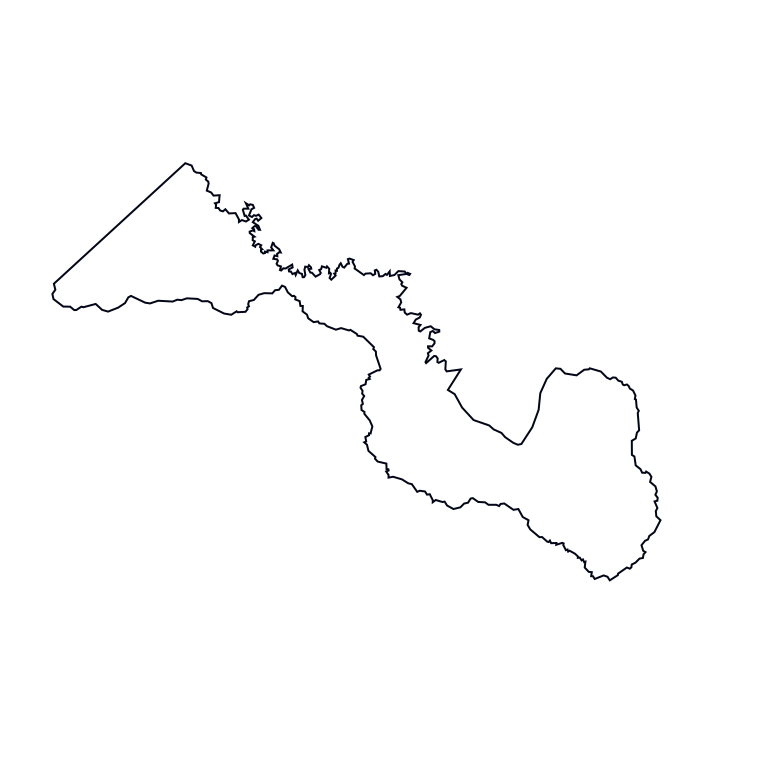 outline of Sonora, Mato Grosso do Sul, Brazil, rotated 224°
{"feature_id": "56859067B75872573246742", "entity_name": "Sonora", "entity_type": "district", "adm_level": 2, "iso_a3": "BRA", "parent_name": "Brazil", "parent_adm1": "Mato Grosso do Sul", "projection": "orthographic", "projection_center": [-54.401, -17.615], "detail": "fine", "context": "isolated", "style": "outline", "palette": "ink", "viewbox_px": 768, "rotation_deg": 224, "n_neighbors": 0, "source": "geoboundaries", "source_scale": "gbopen_adm2", "svg_char_len": 6131}
<svg xmlns="http://www.w3.org/2000/svg" viewBox="0 0 768 768"><g transform="rotate(224 384 384)"><path d="M83.0,409.0L83.9,410.2L81.8,420.7L78.9,421.9L78.7,423.9L80.4,426.3L79.0,430.1L78.9,435.9L76.9,438.7L79.0,441.8L79.1,444.7L81.7,444.1L86.8,446.9L87.3,452.6L86.1,455.6L87.6,459.0L86.6,465.3L90.5,478.1L96.2,478.0L100.2,481.4L101.2,484.7L107.8,487.5L106.3,489.9L108.1,492.3L111.8,492.8L113.1,496.3L117.6,498.9L124.6,498.4L127.1,502.9L130.8,503.9L134.6,503.1L134.2,501.7L136.7,499.5L140.3,500.9L146.4,500.3L153.5,505.8L156.4,505.2L166.3,515.3L165.1,519.7L168.3,524.8L168.3,527.9L181.3,539.4L182.1,541.7L185.9,542.6L191.9,547.8L193.1,547.4L195.1,550.4L200.3,552.3L204.0,551.5L206.5,552.5L208.9,552.4L210.4,549.9L211.9,549.5L214.5,550.8L217.8,549.2L221.7,549.5L223.9,547.7L224.6,544.6L227.9,543.4L236.7,543.6L246.9,538.2L246.8,536.9L249.9,533.3L251.5,524.0L261.1,517.3L267.6,517.5L271.3,514.6L270.5,500.7L265.2,486.0L254.8,472.8L247.3,455.9L243.5,436.3L245.5,433.3L250.1,431.5L260.0,429.9L265.5,430.4L273.6,427.5L279.4,427.3L294.5,420.3L311.5,421.3L326.1,425.8L333.9,424.1L338.8,447.9L347.7,436.6L350.1,437.2L355.2,443.2L357.3,443.1L359.4,437.2L360.9,436.9L363.2,439.7L365.9,440.1L367.4,439.0L368.2,428.3L369.4,428.6L371.7,435.4L373.8,436.6L373.2,441.0L377.5,440.7L378.5,441.7L375.5,444.5L375.9,448.3L377.3,449.9L379.2,449.9L383.2,448.2L386.7,453.4L385.8,456.0L382.7,456.1L380.6,460.1L381.8,461.2L385.7,458.4L390.5,458.0L393.6,452.8L394.4,447.0L396.0,446.5L398.5,448.8L398.8,451.8L405.0,448.3L405.9,452.4L404.5,456.7L405.5,459.5L407.2,459.8L407.7,457.5L413.9,453.7L415.6,449.9L418.7,449.8L421.2,451.8L423.7,448.8L425.4,450.0L426.9,449.2L428.3,454.7L431.0,456.3L434.9,455.9L433.8,458.2L434.6,468.9L439.2,467.3L441.0,467.9L441.4,469.9L445.5,470.0L449.3,472.2L444.3,478.8L447.2,479.3L452.1,475.2L452.2,469.6L454.8,465.8L458.2,469.0L457.7,464.5L459.4,464.2L459.8,460.7L462.1,458.1L466.0,460.7L468.8,460.9L469.5,459.3L466.8,457.1L467.5,454.6L470.5,454.4L474.0,450.5L474.1,448.4L485.4,446.7L486.5,448.4L491.4,450.0L491.9,452.1L496.0,450.2L496.7,448.7L492.8,446.3L493.9,445.0L493.5,440.1L495.3,439.5L499.0,440.8L498.9,439.1L497.5,436.0L498.0,434.4L496.5,432.7L497.6,432.0L495.6,429.8L496.4,428.8L494.1,428.3L494.4,422.4L496.8,422.5L498.5,426.3L499.8,426.7L500.5,425.4L503.4,428.8L506.7,429.0L506.3,427.5L510.4,425.5L509.0,423.0L509.8,421.0L506.7,420.0L506.3,418.6L507.8,413.7L513.1,414.0L514.4,413.0L518.1,414.2L516.4,416.4L517.5,417.2L520.5,417.3L519.9,415.4L522.2,413.7L520.7,411.0L516.3,407.8L515.7,405.4L516.7,404.3L519.5,406.2L522.0,405.0L525.0,405.8L523.2,401.0L525.2,402.0L526.2,399.5L529.1,400.2L530.5,399.0L532.1,400.2L530.7,404.4L533.0,406.1L535.1,398.6L536.8,397.3L536.8,394.2L538.0,393.7L539.8,397.0L543.0,395.4L544.8,395.9L545.9,398.9L547.4,399.4L550.6,397.2L552.0,400.4L549.5,401.8L551.2,403.2L550.9,406.1L549.7,406.9L552.9,408.1L559.0,407.5L561.0,408.6L562.1,408.3L560.1,403.9L556.4,403.3L560.6,399.2L559.3,397.9L561.6,396.5L560.6,395.5L561.5,394.0L564.5,393.8L565.8,395.2L565.2,396.3L568.3,396.4L568.7,398.5L571.8,397.5L572.7,394.6L572.0,393.3L574.7,392.6L576.0,396.9L578.3,396.2L580.4,398.5L579.5,400.0L585.4,399.3L586.5,400.3L585.0,403.4L583.5,403.9L584.9,405.1L587.0,404.7L586.8,407.5L585.9,408.6L581.4,407.8L580.3,408.8L584.2,410.5L590.8,409.3L591.3,413.0L590.5,414.5L587.9,414.0L587.5,418.2L591.8,418.8L592.9,416.0L594.8,415.2L595.0,412.4L598.2,411.4L600.7,417.6L599.8,420.5L602.8,421.7L605.1,420.3L605.1,418.9L609.0,418.1L603.4,415.9L606.7,412.7L606.6,411.3L601.0,408.1L600.4,409.2L595.3,408.4L596.2,405.0L600.1,403.2L600.9,399.8L602.6,401.6L609.5,403.8L614.0,399.0L619.5,399.5L619.8,396.3L622.3,395.0L625.3,395.6L627.4,393.8L629.4,396.4L631.1,396.6L629.0,400.2L633.4,405.6L637.5,401.1L641.4,401.7L645.8,400.0L649.4,406.4L651.0,407.5L654.2,407.3L655.2,409.2L661.1,407.8L662.2,408.6L665.9,405.7L668.6,405.2L674.1,407.5L680.3,404.8L691.1,226.8L685.9,223.5L685.1,218.4L680.7,215.5L668.5,216.9L663.5,221.6L658.2,222.0L656.7,223.5L655.4,229.4L653.5,230.5L647.0,241.3L638.3,241.5L632.8,244.4L628.3,254.2L626.5,262.3L628.1,268.7L627.2,271.6L612.3,276.6L608.3,279.4L604.3,287.0L593.3,296.5L591.2,301.1L588.0,303.6L585.3,308.7L577.1,315.8L572.3,317.1L568.3,321.2L564.3,322.3L559.8,319.9L548.0,323.6L542.0,327.7L540.5,333.9L539.2,333.9L533.8,339.7L534.1,343.0L535.6,344.0L535.1,346.0L537.2,347.1L538.6,349.8L536.0,354.0L536.2,361.0L533.3,366.1L527.3,371.6L527.5,375.8L525.0,378.8L525.7,383.9L522.6,385.1L516.8,383.1L511.0,383.4L510.0,384.9L508.0,385.0L506.6,383.2L502.2,385.0L498.4,382.1L496.6,383.7L493.0,379.7L487.6,380.4L484.2,378.6L477.6,379.6L474.9,383.2L472.6,382.7L468.7,385.9L465.1,386.0L456.3,389.7L453.7,394.4L446.4,398.2L445.8,399.6L438.3,401.1L436.6,400.4L431.8,403.6L416.8,403.5L416.0,401.7L412.4,401.7L409.6,399.1L396.9,392.5L396.7,390.7L398.2,389.3L401.5,380.2L399.2,379.6L399.3,377.9L397.8,377.7L399.6,374.6L397.1,371.0L399.1,366.5L398.3,365.0L394.7,364.2L393.0,361.9L389.9,361.6L388.8,357.2L385.4,355.0L385.6,352.9L382.1,349.7L378.6,350.3L377.4,348.9L369.0,347.9L362.9,345.4L359.3,339.1L360.5,338.1L359.2,336.7L360.6,332.9L356.9,330.3L357.7,328.3L354.1,328.5L348.7,325.1L339.4,325.5L338.6,324.0L334.7,323.8L327.0,328.4L323.1,324.6L321.6,325.7L320.6,324.9L321.7,322.6L317.5,321.7L315.7,319.8L313.0,323.6L304.8,327.9L297.6,329.4L294.4,331.3L285.2,329.5L284.1,332.1L279.8,335.2L276.2,334.3L274.5,336.5L268.2,334.3L266.8,332.8L266.2,336.5L260.0,339.7L258.7,341.5L254.2,340.4L247.2,342.3L243.4,348.3L243.3,353.7L241.1,357.0L242.1,361.8L240.8,363.6L234.3,364.6L229.1,369.1L224.9,369.7L219.3,375.1L216.4,376.2L216.8,378.7L214.5,381.6L203.5,383.4L200.5,387.4L191.8,384.7L185.4,386.4L182.8,382.4L177.8,381.0L165.8,381.8L164.0,383.7L157.0,384.0L155.8,384.7L155.9,386.6L153.2,385.6L149.5,389.4L148.4,388.0L145.4,393.6L144.0,394.1L143.2,392.7L137.7,390.8L137.0,392.4L135.1,391.4L134.7,393.0L128.7,394.6L124.6,394.6L123.8,393.6L122.6,395.1L119.3,394.4L119.0,396.0L116.2,394.9L115.7,396.1L112.1,391.4L106.3,391.1L103.8,393.0L101.5,389.7L100.1,390.9L97.0,390.1L93.0,398.9L89.3,400.6L85.2,399.6L83.0,409.0ZM444.3,478.8L441.5,480.0L441.7,481.3L444.2,480.4L444.3,478.8Z" fill="none" stroke="#020617" stroke-width="2"/></g></svg>